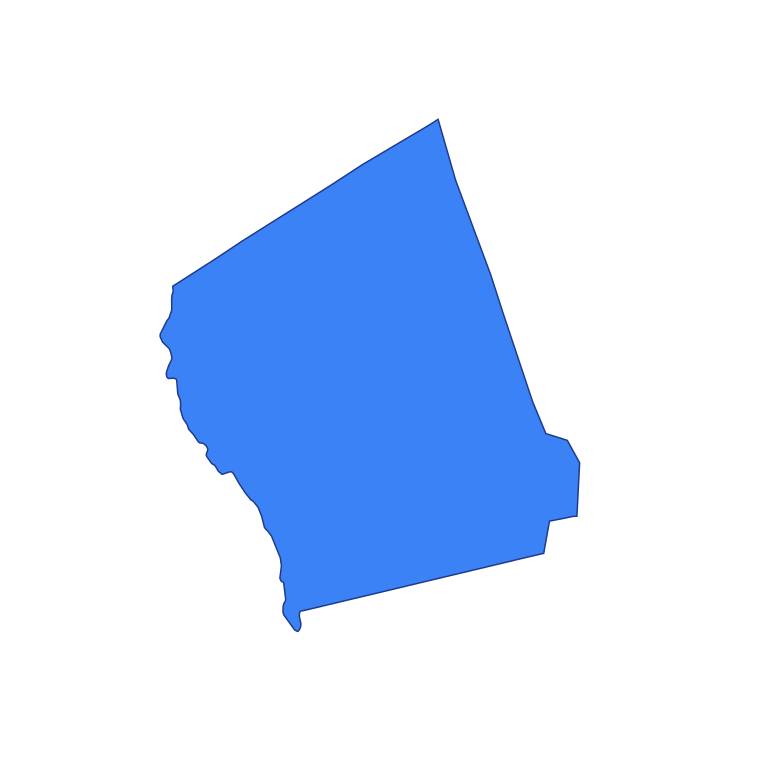 Sussex, New Jersey, United States of America (Robinson projection), rotated 298°
{"feature_id": "52423323B31235652397007", "entity_name": "Sussex", "entity_type": "district", "adm_level": 2, "iso_a3": "USA", "parent_name": "United States of America", "parent_adm1": "New Jersey", "projection": "robinson", "projection_center": [-74.813, 41.128], "detail": "fine", "context": "isolated", "style": "filled", "palette": "blue", "viewbox_px": 768, "rotation_deg": 298, "n_neighbors": 0, "source": "geoboundaries", "source_scale": "gbopen_adm2", "svg_char_len": 1383}
<svg xmlns="http://www.w3.org/2000/svg" viewBox="0 0 768 768"><g transform="rotate(298 384 384)"><path d="M309.5,604.5L340.6,594.5L356.0,613.3L357.8,616.4L406.3,593.7L420.3,572.3L416.2,550.2L438.1,523.6L503.5,454.8L530.5,427.0L597.6,351.5L643.1,307.5L633.5,302.1L568.2,262.3L533.3,243.0L443.9,191.8L415.5,176.5L371.2,151.6L366.5,154.5L363.3,155.0L360.0,156.3L349.7,161.8L341.8,163.2L337.5,162.6L322.9,163.0L320.6,164.2L317.0,168.9L314.4,177.8L311.7,180.9L307.7,184.4L304.9,185.1L299.4,185.2L293.2,186.2L290.6,187.0L288.2,189.1L287.6,191.0L290.4,195.5L290.8,198.0L290.3,199.0L278.4,206.6L274.1,211.7L271.1,213.7L266.0,216.1L259.2,222.8L255.9,229.0L252.3,232.9L252.0,233.7L250.0,239.3L245.7,247.3L245.5,248.8L246.8,252.4L246.1,255.5L245.2,257.2L243.5,259.3L238.8,260.0L237.7,260.5L236.7,261.6L232.9,269.1L232.6,273.1L229.2,278.7L228.2,283.1L228.7,284.0L233.6,288.6L234.9,290.5L234.6,291.9L234.0,293.6L228.3,302.4L222.7,312.7L219.2,320.9L219.0,323.9L216.0,330.7L209.9,338.0L201.4,345.6L200.2,347.9L199.6,350.4L196.8,356.2L181.9,374.0L175.3,378.8L163.7,383.2L161.5,386.0L161.8,387.9L161.3,388.8L147.7,398.3L146.1,398.8L143.6,398.6L140.6,399.2L134.8,402.1L132.9,404.3L124.9,420.5L124.9,423.7L125.5,424.3L127.8,424.7L130.7,424.3L133.6,423.0L138.6,418.7L141.3,417.2L143.5,416.7L145.1,417.5L145.4,418.5L292.1,584.7L309.5,604.5Z" fill="#3b82f6" stroke="#1e3a8a" stroke-width="1.5"/></g></svg>